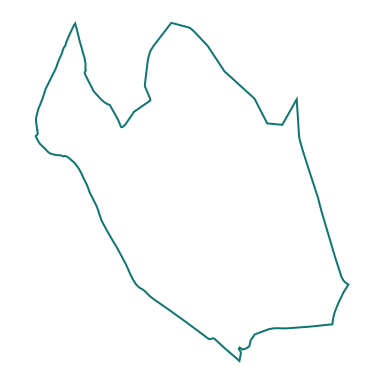 Hinboon, Khammouan, Laos (Equal Earth projection)
{"feature_id": "54806243B38020110154971", "entity_name": "Hinboon", "entity_type": "district", "adm_level": 2, "iso_a3": "LAO", "parent_name": "Laos", "parent_adm1": "Khammouan", "projection": "equal_earth", "projection_center": [104.427, 17.789], "detail": "fine", "context": "isolated", "style": "outline", "palette": "teal", "viewbox_px": 384, "rotation_deg": 0, "n_neighbors": 0, "source": "geoboundaries", "source_scale": "gbopen_adm2", "svg_char_len": 3097}
<svg xmlns="http://www.w3.org/2000/svg" viewBox="0 0 384 384"><path d="M296.7,99.3L282.3,124.8L267.2,123.4L254.5,98.6L224.5,71.4L207.6,45.8L202.2,40.1L194.4,31.8L192.3,29.9L191.1,28.8L189.8,27.9L188.5,27.4L173.9,23.5L172.5,23.2L171.7,23.1L171.2,23.0L153.6,45.8L150.6,50.6L149.7,52.7L148.6,56.8L147.9,59.9L146.4,71.6L145.0,83.8L144.9,84.6L144.8,85.3L144.9,86.2L145.1,86.9L145.5,87.7L149.9,98.1L150.2,99.3L150.3,100.1L150.3,100.5L134.0,111.8L125.4,124.5L123.4,126.3L122.2,127.1L121.7,127.2L121.3,127.1L120.9,126.7L119.7,123.7L118.4,120.6L117.1,118.0L109.8,105.0L107.2,104.0L105.6,103.0L103.7,101.7L101.4,99.7L99.1,97.3L97.7,95.7L95.8,93.6L93.9,91.5L93.2,90.4L85.5,75.2L84.9,73.6L84.7,73.1L84.6,72.6L85.3,71.2L85.8,70.6L85.4,68.7L85.5,63.7L84.6,58.3L82.6,51.6L81.6,47.6L79.9,42.1L78.3,35.4L76.7,28.9L75.2,23.6L75.0,24.0L74.1,24.9L69.9,33.8L66.3,42.0L65.3,45.7L65.3,45.8L65.2,45.8L63.7,47.8L62.8,50.1L62.0,53.2L60.3,56.9L58.5,60.9L57.4,63.8L56.7,66.3L55.2,69.8L52.8,74.4L52.0,76.2L49.4,81.3L47.5,85.2L45.8,88.5L45.0,91.0L42.3,99.3L41.1,102.1L40.3,104.4L39.0,107.2L38.0,110.1L36.9,114.5L36.4,116.9L36.0,118.0L36.0,118.9L35.9,119.2L35.9,119.4L35.9,119.5L36.0,120.0L36.1,120.3L36.1,120.6L36.1,120.8L36.1,121.3L36.1,121.8L36.1,122.0L36.2,122.4L36.2,122.7L36.3,122.8L36.3,123.0L36.3,123.6L36.3,123.8L36.3,124.0L36.4,124.5L36.5,124.8L36.6,125.2L36.6,125.3L36.6,125.8L36.6,126.0L36.6,126.3L36.7,126.5L36.8,126.6L36.9,126.8L36.9,127.0L36.8,127.5L36.8,127.8L36.9,128.0L36.9,128.3L36.9,128.5L37.0,128.6L37.2,128.8L37.2,129.0L37.3,129.3L37.3,129.6L37.4,129.8L37.3,130.0L37.2,130.1L37.1,130.3L37.1,130.5L37.2,130.8L37.3,131.1L37.4,131.4L37.5,131.4L37.5,131.5L37.5,131.8L37.5,132.0L37.6,132.3L37.6,132.5L37.7,132.9L37.6,133.0L37.6,133.3L37.7,133.7L37.6,134.0L37.5,134.4L35.6,136.1L36.4,137.6L38.8,142.2L40.4,144.4L42.2,146.0L46.1,149.9L48.3,152.2L50.0,153.4L52.2,154.1L56.2,155.1L58.6,155.2L61.1,155.4L62.0,155.8L62.6,156.2L63.3,156.3L64.5,155.9L65.6,156.1L66.7,156.5L68.4,157.6L74.7,163.0L78.8,168.6L80.7,172.0L83.7,178.6L87.0,185.0L89.0,190.4L90.0,193.2L92.1,197.1L95.5,204.0L96.9,206.9L97.9,209.6L100.1,216.4L101.6,220.7L104.4,225.9L108.3,233.0L113.0,241.1L116.7,247.1L121.9,256.8L125.9,264.3L127.5,267.9L129.6,272.7L132.3,278.4L136.0,284.3L139.0,287.4L141.2,288.6L142.8,289.5L145.1,291.4L149.8,296.2L154.0,299.4L154.7,299.9L166.5,308.1L169.0,309.8L184.6,321.0L196.3,329.7L197.3,330.4L204.6,335.9L208.7,339.0L210.3,339.1L213.2,338.2L214.5,338.8L225.8,349.2L229.6,352.4L232.7,355.1L236.6,358.4L239.4,361.0L240.6,354.8L240.9,352.6L240.2,351.0L238.8,349.0L239.5,347.5L240.9,348.3L242.2,349.5L244.3,349.1L246.7,348.1L249.3,346.3L250.7,340.3L254.6,334.6L256.1,333.9L260.9,332.1L268.8,329.2L270.8,328.8L272.8,328.4L277.3,328.2L286.0,328.4L309.1,326.7L332.4,324.3L332.8,320.7L333.1,318.7L333.6,316.9L334.2,313.7L335.8,309.3L337.1,306.2L338.7,302.3L343.5,292.4L348.4,284.5L347.3,283.8L346.3,283.1L344.9,282.2L343.5,280.5L342.5,278.8L341.4,276.6L335.2,257.5L321.8,212.3L319.4,203.3L318.0,197.8L308.2,167.7L302.8,150.7L300.3,141.9L299.4,138.3L299.1,136.4L296.7,99.3Z" fill="none" stroke="#0f766e" stroke-width="2"/></svg>